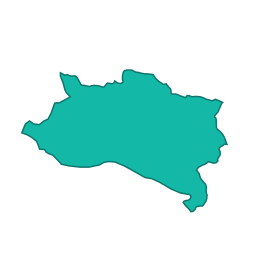 SVG path tracing the border of Bulgaria, rotated 199°
{"feature_id": "BGR", "entity_name": "Bulgaria", "entity_type": "country or territory", "adm_level": 0, "iso_a3": "BGR", "parent_name": "Europe", "parent_adm1": "", "projection": "robinson", "projection_center": [24.961, 42.741], "detail": "fine", "context": "isolated", "style": "filled", "palette": "teal", "viewbox_px": 256, "rotation_deg": 199, "n_neighbors": 0, "source": "natural_earth", "source_scale": "50m", "svg_char_len": 2177}
<svg xmlns="http://www.w3.org/2000/svg" viewBox="0 0 256 256"><g transform="rotate(199 128 128)"><path d="M209.9,158.2L205.5,157.5L204.0,157.8L203.1,158.7L201.1,158.5L198.6,158.5L196.0,159.6L194.6,160.1L192.6,159.1L189.0,156.0L186.9,153.9L185.2,153.4L183.6,154.0L177.8,154.7L176.5,156.0L173.8,157.3L171.1,158.0L167.2,158.5L165.2,158.4L164.1,159.1L163.1,161.1L162.5,163.0L161.9,163.8L157.1,164.8L156.1,165.9L155.8,167.0L155.9,168.1L152.0,167.1L149.1,167.8L148.4,168.6L147.7,169.8L148.1,171.1L149.2,172.4L150.2,175.8L150.6,179.2L150.0,181.1L147.8,182.5L143.2,184.0L138.8,183.3L136.9,183.9L133.6,184.1L130.5,184.5L125.9,185.8L121.7,186.7L117.9,183.8L113.5,181.9L108.8,180.8L107.1,181.6L106.4,182.2L102.5,179.7L100.7,178.9L99.9,177.9L98.3,174.6L97.3,174.4L94.0,175.7L90.9,175.6L89.0,175.4L83.5,175.5L82.7,177.8L82.0,178.2L80.8,178.5L77.9,178.3L74.0,180.0L70.0,181.0L66.8,181.1L63.5,180.6L61.5,180.9L57.3,181.1L54.6,183.6L50.4,183.4L46.9,183.0L47.4,182.2L48.2,172.5L49.9,168.1L49.9,167.2L49.5,166.5L48.0,165.8L46.9,163.5L44.6,157.3L43.4,156.0L39.7,154.7L36.6,152.9L33.9,150.6L29.1,144.7L31.6,144.1L32.3,142.9L34.8,139.7L35.1,138.2L34.9,137.3L33.2,135.7L32.1,132.4L33.0,129.2L33.1,127.6L32.3,126.0L33.2,124.0L35.0,122.9L36.1,122.6L40.8,122.4L43.8,118.4L45.7,117.1L47.5,114.9L48.4,114.0L49.2,112.3L49.5,110.5L45.8,108.0L44.6,106.1L43.0,104.0L40.7,102.5L36.3,100.0L34.5,97.5L33.8,94.2L32.6,91.8L31.3,90.2L31.1,88.8L30.6,87.2L30.5,84.1L31.6,79.9L32.3,78.4L33.8,78.0L37.9,75.7L38.1,72.8L38.8,71.1L40.1,70.0L41.3,69.3L43.5,71.0L48.9,73.7L51.5,75.6L51.3,76.8L50.1,78.0L47.7,79.2L46.4,80.7L46.0,82.6L46.3,84.0L47.9,85.1L57.6,83.6L67.4,84.4L80.5,87.0L89.2,87.9L95.7,86.7L107.6,88.9L118.7,90.9L129.4,91.6L135.3,90.0L139.5,87.8L143.1,83.7L152.0,78.4L160.6,75.4L171.9,72.9L179.4,72.1L180.5,72.9L190.2,77.9L194.4,77.9L197.9,78.7L199.2,80.0L200.1,80.4L204.7,79.2L206.7,81.8L210.0,85.6L215.4,87.6L220.3,88.7L221.8,88.8L226.9,88.8L226.3,98.2L223.4,102.6L218.7,101.1L212.9,102.3L209.8,107.3L208.1,108.8L206.5,110.5L205.5,117.0L205.4,127.6L203.2,128.9L201.2,129.3L192.7,138.7L197.7,141.3L199.9,143.3L203.6,148.9L208.8,155.2L209.9,158.2Z" fill="#14b8a6" stroke="#0f766e" stroke-width="1.5"/></g></svg>